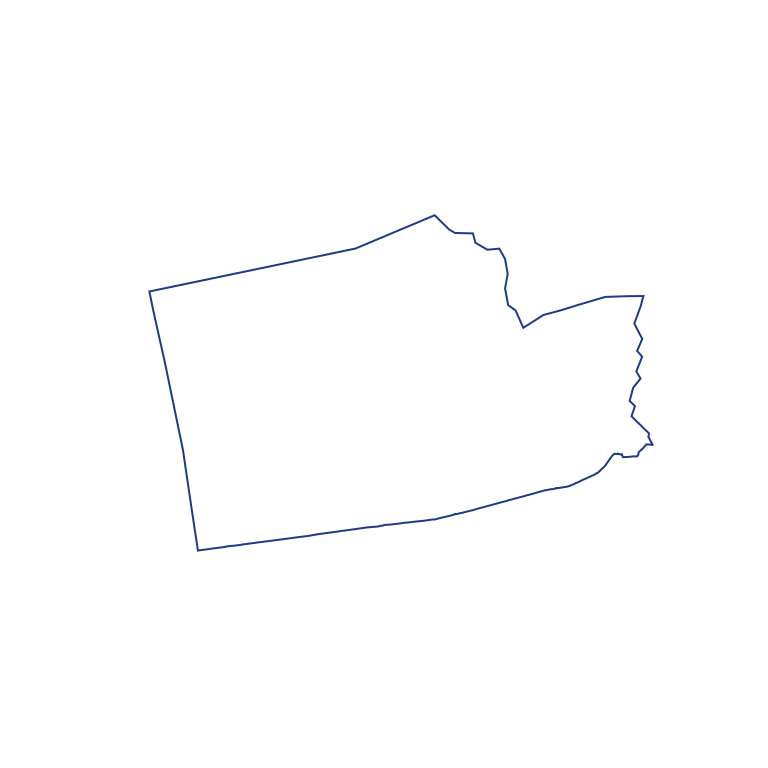 outline of Nord Kanem, Kanem, Chad, rotated 227°
{"feature_id": "50815135B74780249962770", "entity_name": "Nord Kanem", "entity_type": "district", "adm_level": 2, "iso_a3": "TCD", "parent_name": "Chad", "parent_adm1": "Kanem", "projection": "equal_earth", "projection_center": [14.386, 15.416], "detail": "fine", "context": "isolated", "style": "outline", "palette": "blue", "viewbox_px": 768, "rotation_deg": 227, "n_neighbors": 0, "source": "geoboundaries", "source_scale": "gbopen_adm2", "svg_char_len": 3202}
<svg xmlns="http://www.w3.org/2000/svg" viewBox="0 0 768 768"><g transform="rotate(227 384 384)"><path d="M594.0,264.7L593.7,264.6L592.8,264.0L549.8,238.8L472.6,191.8L451.2,177.0L428.7,161.5L405.6,145.6L396.3,139.3L389.1,134.3L388.8,134.8L377.4,150.9L375.2,153.9L373.0,157.1L372.8,157.8L368.3,163.7L365.9,167.0L365.1,168.0L363.9,169.6L363.7,170.3L361.8,172.9L360.5,174.7L358.6,177.4L358.2,178.0L356.1,180.9L354.5,183.2L348.0,192.2L343.0,199.2L331.5,215.4L331.1,215.9L330.3,217.1L324.6,224.9L320.2,231.7L319.7,232.4L319.1,233.4L308.8,247.9L306.6,251.0L306.1,252.0L305.7,252.7L304.3,254.3L301.1,258.9L297.4,264.1L296.1,266.0L290.6,273.9L285.8,280.0L284.5,281.6L283.4,283.1L283.4,283.3L282.9,284.3L281.3,286.4L281.2,286.9L281.2,287.0L279.8,289.3L277.7,291.7L276.4,293.4L272.7,298.4L271.4,300.2L271.0,300.7L270.4,301.6L268.7,304.2L267.5,305.6L267.4,305.7L266.1,307.5L259.5,316.4L258.3,317.9L257.5,318.9L254.6,323.0L251.6,327.4L250.9,328.0L250.5,328.4L246.9,335.1L243.2,341.4L242.7,342.4L241.9,343.7L241.5,344.6L241.0,345.4L240.7,346.8L240.3,347.1L240.4,347.5L239.5,348.2L237.3,352.1L236.8,352.8L236.7,353.1L236.4,353.5L231.9,361.7L231.4,362.4L231.2,362.7L230.9,363.4L230.3,364.7L229.6,366.2L228.6,368.1L227.2,370.7L224.7,375.4L221.3,381.8L219.6,385.1L216.9,390.3L216.6,390.6L216.1,391.8L215.4,392.9L214.5,394.7L214.3,395.1L214.0,396.2L213.6,396.8L213.1,397.4L212.5,398.5L212.2,399.2L207.2,408.6L206.7,409.0L206.7,409.4L206.7,409.5L205.4,411.9L205.2,412.8L204.2,414.2L203.0,416.6L202.2,418.0L202.0,418.4L201.6,419.1L201.5,419.6L201.0,420.5L200.2,422.2L198.1,426.1L196.7,428.8L196.6,429.0L194.7,431.8L193.3,434.2L192.5,435.2L191.9,435.9L191.6,436.5L190.9,437.7L189.8,439.4L190.0,439.4L188.8,440.9L188.7,441.0L188.1,441.9L183.8,448.3L183.6,448.7L183.1,449.7L182.6,450.7L182.6,450.8L182.6,451.2L181.5,453.9L181.2,454.6L181.1,455.3L180.9,456.2L180.9,456.3L180.7,456.9L180.5,457.3L180.2,457.6L179.6,459.6L178.4,463.8L178.0,464.8L177.7,465.7L174.1,476.4L174.1,477.6L173.9,478.0L173.5,479.2L173.3,479.8L173.2,480.1L173.2,480.8L173.3,481.7L173.2,482.4L173.2,483.0L173.4,485.9L173.3,487.5L173.4,488.9L173.5,490.8L173.7,491.6L174.4,494.7L175.7,500.6L175.8,501.2L175.8,501.6L176.0,503.9L175.8,504.6L175.8,504.9L174.5,506.1L174.1,506.4L173.9,507.1L173.5,507.3L173.0,507.5L173.0,508.0L172.1,508.3L170.6,509.4L170.5,509.7L170.4,510.1L168.3,509.1L167.4,509.0L162.3,515.1L162.2,515.3L161.8,516.2L160.7,517.2L159.8,518.3L158.5,519.8L158.5,520.2L158.5,520.6L158.6,520.9L158.7,521.5L160.2,523.4L160.5,523.9L160.4,524.5L160.4,524.9L160.4,528.2L160.3,529.2L160.5,531.1L160.7,532.5L160.9,534.7L159.6,536.0L158.0,537.5L157.0,538.4L156.8,538.5L156.6,538.5L156.3,538.9L156.3,539.0L165.2,541.4L166.9,544.1L172.1,543.9L182.4,543.4L191.6,543.0L196.7,552.5L200.4,552.3L204.1,552.1L211.3,563.6L213.0,575.3L221.1,577.1L227.9,591.4L231.6,591.6L235.6,591.7L240.8,603.6L247.6,605.5L257.5,608.3L266.0,625.1L268.5,629.0L271.4,633.7L281.6,622.6L296.9,605.1L309.3,580.2L317.3,563.6L325.8,547.5L330.1,524.2L348.1,530.4L357.0,528.6L371.3,537.7L380.2,549.6L392.8,557.8L404.4,560.6L411.7,551.2L424.9,547.2L433.5,551.7L446.1,538.9L452.6,537.0L472.9,536.1L502.5,455.6L611.7,275.5L594.0,264.7Z" fill="none" stroke="#1e3a8a" stroke-width="2"/></g></svg>